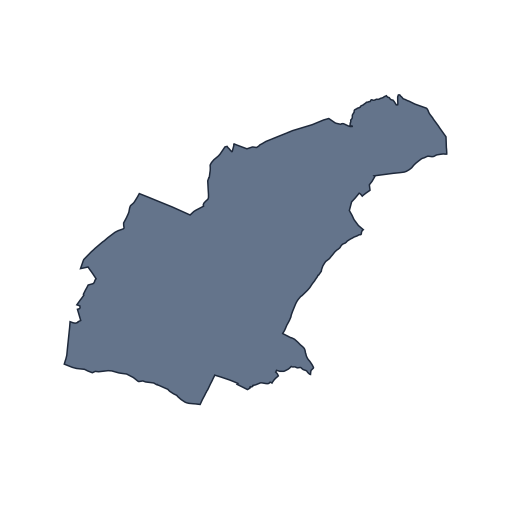 outline of Balaceana, Suceava, Romania, rotated 171°
{"feature_id": "2599482B81871248350111", "entity_name": "Balaceana", "entity_type": "district", "adm_level": 2, "iso_a3": "ROU", "parent_name": "Romania", "parent_adm1": "Suceava", "projection": "natural_earth1", "projection_center": [26.038, 47.646], "detail": "fine", "context": "isolated", "style": "filled", "palette": "slate", "viewbox_px": 512, "rotation_deg": 171, "n_neighbors": 0, "source": "geoboundaries", "source_scale": "gbopen_adm2", "svg_char_len": 6080}
<svg xmlns="http://www.w3.org/2000/svg" viewBox="0 0 512 512"><g transform="rotate(171 256 256)"><path d="M431.3,271.0L423.6,271.4L422.2,268.4L421.2,266.5L419.7,263.4L417.5,258.5L418.3,257.9L419.0,256.9L419.5,255.9L420.1,255.0L421.0,254.3L421.7,254.1L426.3,253.6L428.1,251.1L429.5,249.4L432.5,245.2L432.2,244.2L435.3,241.1L436.1,240.4L440.6,235.8L437.8,234.3L437.8,232.6L438.5,231.6L440.7,231.3L439.2,219.7L442.1,218.9L442.3,218.3L443.2,218.1L444.8,217.9L445.6,218.1L447.2,218.7L449.9,220.2L451.3,214.4L456.8,193.8L458.4,187.6L459.9,184.0L460.6,182.7L462.3,179.2L454.9,174.8L450.9,173.0L443.1,170.9L440.2,168.8L435.9,166.3L432.8,167.2L429.6,166.3L420.0,165.9L416.5,165.1L409.8,162.0L406.4,160.9L402.3,159.7L396.2,155.2L393.7,152.5L392.3,150.9L391.4,150.3L387.3,150.3L384.8,148.9L376.9,146.6L374.7,144.8L374.2,144.4L373.5,144.5L373.2,143.9L372.1,143.4L366.9,140.0L363.9,138.1L363.1,136.8L362.2,135.7L359.0,132.8L356.0,130.7L355.4,129.5L353.4,127.1L352.3,125.8L350.5,124.2L349.0,122.8L347.5,121.9L345.4,121.0L341.5,120.0L338.9,119.4L334.4,118.1L331.4,122.6L328.5,126.4L327.0,128.6L326.5,129.1L325.5,130.6L325.0,131.0L324.1,132.2L321.0,136.8L319.5,138.8L318.3,140.5L317.9,141.2L316.0,143.8L315.4,144.8L309.3,141.8L301.7,137.8L298.3,135.8L293.8,133.0L294.8,132.2L290.0,128.8L285.3,125.4L282.6,126.5L282.3,126.9L282.6,127.3L282.3,127.7L282.1,127.8L281.5,127.7L280.9,127.4L280.6,127.4L280.0,127.7L279.6,127.8L279.5,128.6L279.3,128.7L278.0,128.7L276.6,128.8L274.8,129.2L271.4,130.0L270.9,130.0L269.5,129.6L266.0,128.4L264.6,128.1L264.2,128.1L263.6,128.1L263.1,128.3L262.5,128.6L261.8,129.2L260.6,128.5L260.1,128.0L259.6,128.7L257.4,130.9L255.7,132.2L253.9,133.3L252.7,134.1L253.2,135.9L253.7,136.9L254.7,138.2L254.4,138.4L254.2,138.9L253.6,139.9L250.6,138.4L246.9,137.8L246.4,137.8L245.8,137.9L242.1,139.1L241.1,139.6L240.1,140.2L238.5,141.4L237.8,140.9L237.2,140.7L235.4,140.5L234.8,140.4L233.3,139.4L232.8,139.1L232.0,139.0L230.1,139.0L229.4,138.9L229.1,138.7L228.0,137.3L227.1,136.4L224.3,134.9L223.9,134.5L223.1,132.9L222.3,131.8L221.5,130.9L220.7,130.5L220.0,133.2L219.5,134.4L217.0,136.2L216.7,136.6L216.7,137.1L217.4,139.3L217.8,140.3L219.3,143.5L220.3,145.1L221.0,146.4L221.3,147.3L221.5,147.9L221.9,149.3L222.1,151.9L222.3,152.3L222.3,154.5L222.4,155.6L222.8,157.2L224.1,159.1L226.2,161.5L228.0,164.1L231.0,167.8L233.0,169.2L233.8,169.7L234.5,169.9L236.0,171.0L241.6,175.1L241.8,175.3L239.6,177.8L238.2,179.9L236.5,182.7L235.8,183.6L235.0,184.6L233.1,187.1L231.1,190.3L230.4,192.2L228.6,195.5L224.3,202.6L222.9,204.5L222.4,205.1L221.2,206.4L218.1,209.1L217.5,209.3L216.7,209.7L210.5,214.1L208.1,216.1L207.3,216.9L205.9,218.5L204.6,219.9L202.1,222.2L200.9,223.6L198.6,226.0L197.8,227.3L197.2,227.3L193.9,230.7L193.3,232.5L191.5,235.8L189.1,238.6L188.0,239.7L184.1,241.8L182.8,242.9L181.6,244.1L181.0,244.5L180.0,245.4L177.4,247.8L175.1,249.3L173.7,249.9L172.2,250.8L171.7,251.2L171.1,251.9L170.4,252.8L169.0,253.9L167.8,254.4L166.4,254.7L165.9,254.8L164.7,255.5L163.5,256.5L159.8,258.1L158.4,258.5L156.1,259.4L153.1,260.0L152.2,260.3L151.4,260.7L150.3,260.8L149.5,260.7L149.0,260.8L148.6,261.2L148.4,261.7L148.3,262.5L147.5,263.9L147.2,264.4L145.9,265.2L150.1,270.1L153.5,276.6L154.8,281.2L156.7,286.3L153.1,294.5L149.0,297.7L144.3,301.9L143.2,301.0L142.8,300.4L141.7,298.5L140.7,299.2L137.6,300.9L133.1,303.1L132.9,308.6L129.6,311.7L126.2,315.9L126.8,316.7L107.4,316.2L100.5,315.8L96.4,315.7L94.2,316.1L90.9,317.4L88.4,318.8L86.1,320.9L83.7,322.6L80.4,324.5L77.8,325.9L76.9,326.3L76.0,326.5L74.4,326.7L71.8,327.5L71.2,327.6L70.5,327.7L68.7,327.2L67.2,326.7L66.1,326.5L65.2,326.5L64.6,326.6L62.1,327.5L61.5,327.6L60.5,327.6L57.4,327.6L54.9,327.5L53.5,327.1L51.7,326.8L51.5,327.7L51.1,331.6L51.0,333.5L50.6,336.7L49.7,344.0L54.5,353.6L55.5,355.9L59.5,363.6L60.0,365.0L60.6,366.0L62.2,368.9L62.9,370.8L63.3,372.7L63.8,374.2L64.5,375.3L75.3,381.2L80.8,385.1L82.0,385.7L84.1,387.2L86.1,388.3L86.8,389.6L87.5,390.6L88.0,391.1L88.8,392.6L89.7,392.8L90.2,392.8L91.2,390.9L91.8,386.9L91.9,385.4L92.1,384.1L92.4,383.2L92.5,383.2L93.8,383.3L95.4,387.0L96.1,388.0L96.4,388.6L97.2,388.8L97.8,389.1L98.3,389.4L99.1,390.4L99.6,391.5L100.0,391.8L101.0,392.2L101.5,392.8L101.9,393.3L102.1,393.9L104.4,393.3L105.7,392.6L107.2,392.3L107.9,392.3L108.8,392.1L109.6,391.7L110.5,391.6L111.2,391.7L112.4,392.0L113.0,391.9L113.8,391.6L114.7,391.4L115.3,391.4L116.1,391.5L117.1,392.2L117.8,392.2L118.3,391.8L118.8,391.0L119.2,390.7L120.2,390.8L121.3,390.5L122.5,390.6L123.2,390.4L123.7,389.9L125.3,389.2L126.4,388.5L128.9,387.8L129.8,386.9L129.9,386.6L131.1,386.3L132.2,386.2L133.0,386.0L133.7,385.5L134.5,385.4L135.3,385.1L135.9,384.7L136.2,384.3L136.7,382.4L137.2,382.1L137.4,381.7L138.2,380.9L138.6,380.4L138.9,379.7L139.1,378.4L139.4,377.2L139.9,376.5L140.9,375.7L141.2,375.4L141.3,374.1L141.6,373.3L142.2,372.5L142.2,371.7L142.8,370.3L142.7,369.8L141.8,369.6L140.9,369.5L140.7,369.2L140.7,368.9L142.1,369.0L143.1,369.3L144.3,369.9L148.7,372.9L149.6,373.2L151.0,373.2L151.7,372.8L156.2,374.6L157.0,375.1L162.6,380.4L167.9,379.8L180.0,376.9L200.3,374.1L228.3,367.6L232.5,365.9L234.7,365.2L236.2,364.1L238.2,363.2L238.6,363.1L242.1,364.2L242.8,364.2L248.2,363.3L258.1,368.9L260.0,370.1L260.4,370.0L260.6,368.6L263.1,363.0L263.5,362.8L264.2,363.6L265.0,364.8L266.0,366.5L266.7,367.3L267.4,368.8L269.6,368.6L275.6,362.2L277.6,360.6L282.5,357.7L285.3,355.3L286.8,353.4L287.1,352.8L287.4,349.9L287.9,347.4L288.5,345.5L289.9,340.8L290.3,340.8L291.9,337.8L292.8,329.4L293.3,324.2L293.6,322.4L293.7,321.5L294.1,320.5L294.4,319.9L295.1,319.3L297.1,318.0L298.8,316.7L299.3,316.2L300.1,314.8L300.0,313.4L308.3,310.6L310.4,309.7L314.7,306.8L319.7,310.1L331.0,317.5L344.9,325.9L353.1,330.9L361.5,335.9L363.8,332.9L367.6,328.5L368.3,327.8L369.1,327.2L372.0,325.4L372.8,324.2L373.4,322.9L374.7,319.2L375.7,317.5L378.1,313.9L381.6,309.3L381.9,306.9L381.9,304.4L382.2,304.0L382.8,303.6L384.1,303.3L388.1,302.6L390.3,301.9L391.7,301.4L399.6,297.2L403.4,294.8L405.3,293.9L414.0,288.6L415.5,287.5L417.9,286.0L426.1,279.9L426.6,279.5L427.4,278.3L431.3,271.0Z" fill="#64748b" stroke="#1e293b" stroke-width="1.5"/></g></svg>